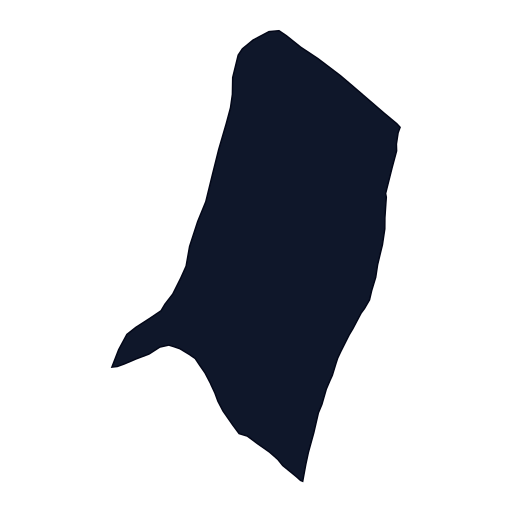 the district of Forpoh, Grand Kru, Liberia
{"feature_id": "62588387B83711466952292", "entity_name": "Forpoh", "entity_type": "district", "adm_level": 2, "iso_a3": "LBR", "parent_name": "Liberia", "parent_adm1": "Grand Kru", "projection": "equal_earth", "projection_center": [-8.241, 5.11], "detail": "fine", "context": "isolated", "style": "filled", "palette": "ink", "viewbox_px": 512, "rotation_deg": 0, "n_neighbors": 0, "source": "geoboundaries", "source_scale": "gbopen_adm2", "svg_char_len": 1236}
<svg xmlns="http://www.w3.org/2000/svg" viewBox="0 0 512 512"><path d="M111.9,367.1L117.3,366.5L124.2,364.0L135.9,359.0L149.1,354.0L159.8,347.1L168.8,345.1L173.7,346.6L179.8,348.7L188.9,354.2L195.2,358.5L199.8,365.4L205.0,372.9L210.5,383.4L211.2,385.1L214.9,393.0L217.9,401.2L223.0,411.0L232.8,425.1L239.1,433.6L247.3,436.1L257.8,443.9L269.5,452.1L277.8,459.4L282.7,465.5L296.4,476.7L300.5,480.4L302.7,481.3L305.8,464.4L308.4,452.3L313.8,432.7L318.4,412.8L321.9,404.4L326.3,389.1L330.1,380.2L332.3,375.4L336.0,363.3L337.7,358.1L340.7,351.7L349.2,334.8L352.8,328.8L361.1,313.1L364.5,308.5L369.5,299.9L371.7,290.5L375.7,277.3L377.6,264.7L380.5,252.6L382.4,244.9L384.8,228.9L384.9,217.7L385.7,205.8L386.3,197.2L385.6,193.5L392.2,167.3L396.6,150.9L396.4,144.0L398.1,132.8L400.1,127.3L396.9,123.8L383.8,112.9L376.5,106.6L375.0,105.3L353.4,86.7L340.6,75.8L317.8,58.5L300.6,47.1L286.5,35.8L279.0,30.7L269.0,31.6L253.1,40.0L242.4,48.8L238.2,55.1L232.7,77.5L232.4,94.4L230.5,107.8L226.2,123.8L218.7,149.5L212.7,173.5L205.8,201.7L197.7,221.5L189.6,246.4L186.1,266.2L180.8,278.0L172.8,294.0L171.5,295.7L165.0,304.1L161.0,310.8L149.1,318.8L135.9,327.3L126.9,334.4L118.7,349.6L111.9,367.1Z" fill="#0f172a" stroke="#020617" stroke-width="1.5"/></svg>